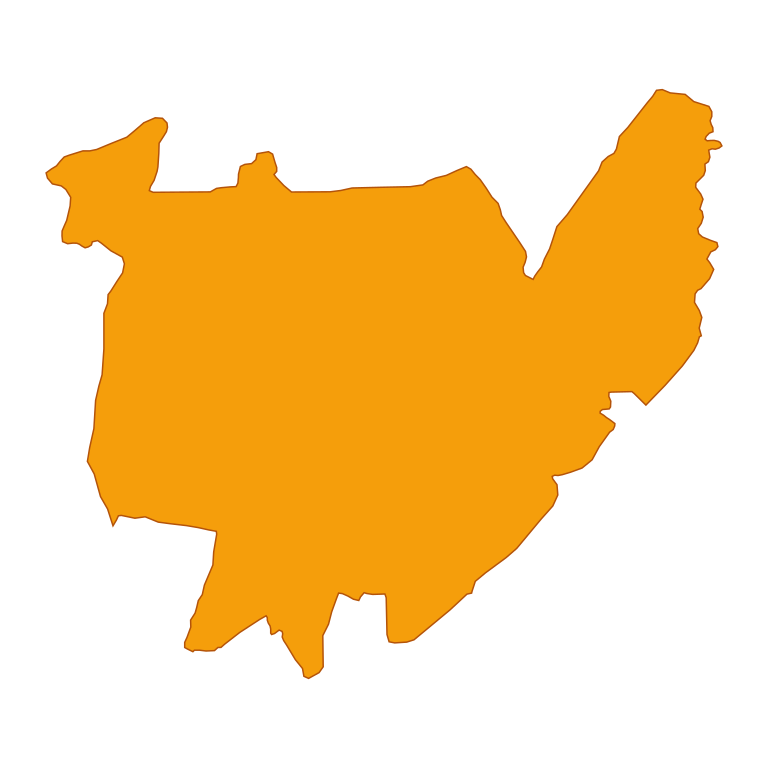 Sauce, Canelones, Uruguay
{"feature_id": "84410073B43433365311667", "entity_name": "Sauce", "entity_type": "district", "adm_level": 2, "iso_a3": "URY", "parent_name": "Uruguay", "parent_adm1": "Canelones", "projection": "natural_earth1", "projection_center": [-56.056, -34.624], "detail": "fine", "context": "isolated", "style": "filled", "palette": "amber", "viewbox_px": 768, "rotation_deg": 0, "n_neighbors": 0, "source": "geoboundaries", "source_scale": "gbopen_adm2", "svg_char_len": 3991}
<svg xmlns="http://www.w3.org/2000/svg" viewBox="0 0 768 768"><path d="M701.3,335.8L699.2,328.1L701.8,317.4L699.3,310.5L694.5,302.4L695.1,293.9L697.6,290.3L701.0,288.6L709.6,278.7L713.7,269.4L709.8,262.8L706.9,259.0L710.8,251.9L715.4,249.7L717.9,246.6L716.9,242.6L710.4,240.3L702.4,237.0L698.7,233.7L697.7,228.6L701.3,223.3L703.2,217.2L702.1,211.5L699.8,209.2L701.2,204.6L703.0,199.2L700.7,194.0L695.7,187.3L695.9,183.1L703.7,175.3L705.3,170.6L704.9,164.1L708.4,161.7L709.9,157.2L709.2,153.2L708.7,150.1L712.0,148.8L715.4,149.2L719.1,148.0L721.9,145.9L720.1,142.5L718.1,141.3L714.2,140.4L710.3,140.5L707.2,140.8L705.1,139.2L706.1,136.5L709.2,133.2L713.0,131.7L712.8,127.7L711.2,124.4L710.1,120.7L711.8,116.4L711.8,111.8L708.9,106.4L693.8,101.6L685.2,94.4L670.2,92.9L662.3,89.6L656.5,90.3L652.7,96.3L647.4,102.6L627.7,127.6L619.4,136.5L617.8,143.2L616.4,149.1L613.9,153.4L608.2,156.5L602.1,162.0L598.6,170.8L567.2,214.7L556.9,226.6L552.7,239.7L549.6,248.9L544.4,259.1L541.6,266.9L537.7,271.9L534.7,276.2L533.1,279.4L525.4,275.5L523.6,272.6L523.1,267.2L525.1,262.4L526.5,256.9L525.5,251.4L519.5,242.2L506.0,222.4L501.6,215.5L500.3,209.7L498.1,203.4L491.9,197.1L486.1,188.0L480.2,179.6L475.2,174.5L470.9,169.2L466.4,166.6L457.0,170.5L446.3,175.4L435.7,178.0L427.7,181.2L422.9,184.9L410.3,186.7L380.8,187.3L352.1,188.0L340.7,190.5L330.1,191.8L291.5,192.0L283.9,185.6L276.2,177.5L274.0,174.5L276.7,171.4L276.7,167.5L275.0,162.4L273.9,158.6L272.6,154.1L268.5,151.7L257.1,153.7L255.9,159.7L251.6,163.6L244.8,164.4L240.4,166.5L238.5,174.1L238.4,177.5L237.9,183.1L236.1,186.6L230.1,186.9L221.3,187.7L216.5,188.4L210.3,191.9L153.1,192.3L149.3,190.6L150.5,186.4L154.1,180.3L157.1,171.3L157.9,166.9L158.8,153.4L159.1,143.2L163.3,136.7L166.4,131.7L167.5,127.2L167.0,123.0L162.5,118.3L155.2,117.8L143.9,122.7L134.4,130.9L126.8,137.2L111.3,143.4L96.6,149.5L89.7,150.9L82.9,150.9L69.4,155.1L64.2,157.0L60.1,161.4L56.5,165.9L51.4,169.0L46.1,172.9L47.5,178.1L52.4,183.9L61.3,185.9L65.9,189.5L70.7,197.3L70.1,206.0L66.7,220.4L64.4,225.6L62.1,231.0L62.0,235.9L62.6,241.6L67.6,243.7L72.9,243.1L76.8,243.2L79.5,244.3L81.8,246.0L85.1,247.8L88.3,246.9L91.4,245.0L92.3,241.8L97.7,240.6L101.3,243.1L105.8,246.7L110.9,250.8L122.3,257.1L124.4,263.8L122.6,272.9L116.8,281.6L110.8,291.1L108.1,294.6L107.5,303.8L103.9,313.3L103.9,349.0L102.1,374.8L98.9,386.0L95.6,400.4L93.9,428.6L89.7,447.5L87.4,461.4L94.2,473.9L100.5,496.6L107.6,509.0L113.0,525.8L116.4,520.1L118.4,515.8L121.3,515.4L134.9,518.2L145.2,516.8L158.2,522.1L170.1,523.7L186.5,525.6L198.3,527.6L208.6,529.9L216.3,531.3L216.7,534.2L213.7,551.9L212.9,565.0L204.4,585.1L202.3,594.6L198.3,600.6L196.7,607.5L195.1,613.1L190.6,620.1L190.8,627.1L187.0,637.4L184.7,642.4L184.7,647.5L187.4,649.0L192.9,651.7L194.4,650.2L199.5,650.2L206.1,651.0L214.5,650.6L217.9,647.5L221.0,647.4L224.6,644.2L239.8,632.4L259.6,619.5L266.1,615.8L267.3,617.6L267.3,620.2L268.3,623.1L270.1,626.0L270.7,629.1L270.7,633.2L271.6,634.5L274.6,633.5L279.1,630.1L282.1,631.4L282.7,633.8L282.2,637.0L283.7,640.6L286.7,645.2L295.4,659.7L302.5,668.5L303.9,676.3L308.6,678.4L313.1,675.9L319.1,672.6L323.2,666.8L322.8,635.6L328.5,624.2L331.7,611.8L336.4,598.8L338.6,593.1L342.4,593.6L348.0,596.1L353.4,599.2L358.8,600.5L360.5,596.9L364.1,592.7L366.8,593.5L372.6,594.4L384.9,594.0L386.2,597.7L387.0,634.5L389.1,641.8L394.7,642.9L406.8,642.1L414.0,639.8L450.0,609.9L467.0,594.1L471.6,593.1L472.1,591.1L475.3,581.3L485.4,572.9L506.1,557.6L516.7,548.4L541.2,519.0L552.8,506.0L557.8,495.0L557.0,484.7L555.0,482.0L552.7,478.8L552.2,476.4L554.6,475.2L558.0,475.5L562.2,474.7L570.6,472.2L582.1,468.0L592.1,459.8L599.3,446.6L609.6,432.2L613.2,429.5L614.7,426.0L614.9,423.6L611.9,421.3L609.5,419.5L606.4,417.5L603.6,415.2L600.1,413.1L600.2,411.3L602.5,409.5L605.0,409.3L609.2,408.9L610.5,407.0L610.8,401.2L608.8,396.4L609.0,392.5L611.0,392.1L631.9,391.6L634.2,393.5L645.9,405.1L665.2,385.2L682.4,365.9L693.9,350.3L697.6,342.9L699.4,336.8L701.3,335.8Z" fill="#f59e0b" stroke="#b45309" stroke-width="1.5"/></svg>